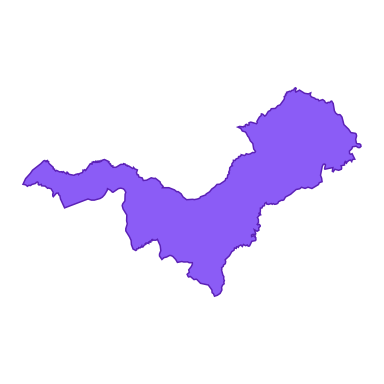 Jesús María, Santander, Colombia
{"feature_id": "7082276B47652322340451", "entity_name": "Jesús María", "entity_type": "district", "adm_level": 2, "iso_a3": "COL", "parent_name": "Colombia", "parent_adm1": "Santander", "projection": "orthographic", "projection_center": [-73.834, 5.851], "detail": "fine", "context": "isolated", "style": "filled", "palette": "violet", "viewbox_px": 384, "rotation_deg": 0, "n_neighbors": 0, "source": "geoboundaries", "source_scale": "gbopen_adm2", "svg_char_len": 6014}
<svg xmlns="http://www.w3.org/2000/svg" viewBox="0 0 384 384"><path d="M354.8,159.2L352.1,153.7L350.9,154.3L349.6,153.6L349.4,151.1L351.9,148.7L352.5,146.8L356.1,146.2L358.2,147.6L359.7,147.6L361.0,146.4L360.7,144.7L359.7,143.9L357.0,143.7L356.4,143.1L355.7,139.3L356.6,135.9L356.1,133.9L355.3,133.3L350.9,132.6L348.6,129.2L343.9,124.6L342.0,117.1L340.5,115.1L339.8,114.6L337.7,114.7L335.7,113.1L334.4,110.8L333.2,103.5L331.7,101.1L331.0,101.2L329.6,102.5L328.1,102.3L327.0,103.2L325.3,102.5L324.6,101.0L322.7,99.6L319.0,100.8L318.2,99.5L315.5,99.1L314.8,98.2L311.4,96.9L310.2,95.2L310.7,92.9L308.4,93.9L304.6,93.3L299.5,90.1L295.9,92.1L295.5,91.7L295.6,89.8L296.2,88.4L295.6,87.8L294.4,88.4L293.8,89.9L291.8,90.4L290.5,91.6L289.8,91.2L286.6,92.3L286.7,93.5L285.5,94.2L285.7,95.5L284.2,96.6L284.5,97.9L284.1,99.4L280.1,104.9L277.8,105.7L275.4,108.4L271.3,108.7L270.3,110.5L268.3,111.4L266.1,115.0L264.8,116.1L262.7,114.2L261.4,113.9L261.1,115.6L259.3,117.2L256.9,121.4L257.3,122.7L256.5,123.7L250.8,122.1L249.0,122.7L249.0,124.9L247.7,125.3L246.8,124.3L245.5,124.7L245.1,126.6L244.1,126.2L243.4,126.9L239.7,126.4L237.8,127.1L240.8,128.5L242.3,131.0L245.2,131.9L246.0,132.7L247.9,136.4L248.7,137.1L250.3,140.8L252.8,143.5L253.7,149.0L255.5,151.3L255.2,152.0L254.0,152.7L252.7,152.4L250.2,153.9L248.3,154.3L246.2,153.7L245.6,154.8L244.4,155.5L241.3,154.7L241.4,155.2L240.4,155.9L240.4,156.4L238.6,156.6L238.6,157.9L236.0,159.0L235.1,160.5L233.4,160.3L233.4,161.9L232.0,163.6L231.8,165.3L232.3,165.8L230.9,166.4L229.7,167.9L229.6,170.6L229.0,171.3L228.8,172.6L229.3,172.9L229.1,173.7L227.7,175.0L227.3,178.0L225.7,178.6L225.2,180.5L219.8,184.2L217.0,184.4L214.8,186.9L211.8,189.0L209.6,191.8L206.2,193.9L205.7,194.9L200.5,196.8L199.8,198.1L197.5,199.0L194.4,199.6L192.6,199.3L186.6,199.7L183.0,196.9L181.1,193.8L178.1,191.6L176.7,191.7L174.5,189.9L168.9,187.7L162.4,187.7L163.1,186.4L160.6,183.6L160.0,181.8L155.3,178.2L154.1,178.5L151.2,177.8L146.6,180.2L143.3,180.5L142.2,177.9L138.9,177.0L138.4,174.9L137.2,174.7L136.5,172.6L137.6,169.3L137.4,169.8L135.1,169.1L133.7,167.6L133.7,168.2L133.2,168.0L132.7,168.5L128.6,165.9L127.3,166.1L127.1,165.2L125.7,165.1L125.4,164.2L123.7,163.7L123.6,164.3L120.7,164.4L116.0,167.3L113.0,167.3L112.8,165.8L110.8,166.3L111.4,166.0L111.2,165.5L110.2,164.6L110.6,164.2L110.1,163.6L108.5,162.5L108.9,161.6L104.4,159.5L102.3,160.2L101.5,161.1L101.0,160.6L100.3,161.6L99.5,161.1L99.1,162.0L98.4,161.3L97.9,162.3L97.5,162.3L97.5,161.2L96.3,161.4L96.9,162.1L96.5,162.3L95.7,161.4L95.3,162.3L94.0,161.7L93.6,161.7L93.7,162.3L92.3,162.2L92.3,163.0L91.5,163.3L91.8,164.0L90.2,163.8L85.6,170.5L84.8,169.7L84.0,170.3L83.0,170.1L82.9,171.7L82.3,172.6L79.9,173.4L78.5,174.6L78.1,173.8L75.6,174.4L74.0,175.3L69.1,174.3L67.3,172.2L66.9,172.2L66.9,173.4L66.3,173.8L63.2,171.6L62.3,172.4L61.7,171.7L59.6,171.9L56.6,170.4L55.7,171.0L54.7,170.1L54.5,169.1L53.3,168.9L53.2,167.3L49.3,163.8L48.4,162.4L48.6,161.7L47.8,161.4L47.5,160.5L46.4,160.9L46.6,161.5L46.1,161.7L44.8,160.5L43.6,160.9L40.7,163.8L32.5,170.2L30.4,173.3L25.6,178.6L23.0,184.3L25.6,184.8L27.4,186.3L28.6,185.4L30.6,185.5L31.8,184.5L35.6,183.4L36.3,182.4L37.4,182.0L38.1,182.4L38.3,184.5L39.0,185.0L41.3,184.4L41.6,185.8L45.1,186.1L47.6,188.3L48.5,188.0L51.1,188.8L53.0,192.0L53.2,193.3L52.7,194.0L52.8,196.0L53.3,196.7L56.4,193.2L58.3,193.1L58.7,194.7L59.9,195.8L60.5,199.0L64.6,207.9L88.0,199.0L91.4,200.1L94.4,200.1L100.1,198.5L102.4,197.1L104.7,194.6L107.2,190.3L107.5,188.7L110.4,190.2L112.3,192.1L113.1,192.2L118.4,188.6L120.8,188.1L123.3,188.8L124.5,189.9L125.8,192.2L125.1,194.4L124.9,200.9L122.7,203.9L122.2,205.7L123.1,209.0L126.8,215.0L126.6,220.9L127.3,223.8L125.8,228.6L125.8,230.9L129.5,236.9L131.1,240.4L131.4,244.6L133.1,249.1L135.8,250.5L136.7,249.8L136.8,248.9L138.5,248.5L138.7,247.6L140.1,247.9L140.8,247.0L141.4,247.0L141.8,246.1L142.0,247.1L143.0,246.9L144.1,245.3L145.8,244.2L145.3,243.7L146.1,243.0L148.5,243.4L148.1,242.8L149.4,242.2L149.1,241.8L149.8,241.4L150.2,242.1L150.7,242.1L150.6,241.0L151.9,240.8L151.9,239.6L152.6,239.5L152.8,240.2L156.0,240.2L157.4,239.3L160.2,245.7L160.8,250.7L159.5,254.0L159.5,256.0L161.9,259.5L163.9,257.7L166.7,257.0L169.5,255.5L171.0,255.5L172.9,256.5L175.7,259.5L177.4,262.4L181.8,261.5L183.8,262.0L187.6,261.9L189.1,262.7L192.3,262.7L192.4,264.1L191.4,266.4L188.7,269.9L189.3,272.3L187.1,274.3L188.1,276.5L188.6,277.0L190.4,276.5L194.0,279.6L196.1,279.2L197.0,279.6L200.5,283.3L208.3,285.0L211.9,290.0L212.1,292.7L213.4,293.6L214.5,296.2L217.3,295.3L220.1,293.4L221.9,290.0L221.6,287.3L222.5,285.2L224.1,283.8L223.8,281.9L224.4,280.7L223.7,279.1L223.8,276.5L222.9,275.1L221.5,269.9L221.9,269.1L221.6,267.7L223.3,266.3L223.5,265.0L225.3,263.7L225.7,261.7L225.2,259.7L229.4,255.8L231.8,251.6L234.0,250.2L234.5,248.0L236.3,248.4L236.5,246.9L237.2,246.6L238.3,247.3L238.8,246.1L240.9,245.0L242.3,246.5L243.4,244.5L245.6,245.7L247.3,245.0L248.1,246.1L249.0,246.2L249.7,245.7L251.8,241.3L255.4,240.6L255.9,239.9L255.8,237.6L255.0,237.1L255.3,236.0L253.9,235.8L251.6,236.6L251.5,235.1L252.6,234.4L255.5,234.3L255.8,233.8L254.3,229.7L257.1,231.3L258.9,230.2L258.7,227.8L260.2,226.3L260.2,225.5L259.3,224.4L257.7,224.8L257.2,224.4L258.5,222.4L258.4,219.5L257.4,217.5L259.4,215.2L260.7,214.8L260.3,213.8L259.1,213.8L258.9,213.3L260.3,212.2L260.4,208.1L261.9,208.0L262.8,206.1L264.4,205.7L264.8,203.4L266.1,202.5L266.8,204.1L268.6,204.4L271.2,203.5L272.2,204.3L273.3,203.6L274.6,204.3L276.1,204.1L277.7,203.4L278.6,201.7L281.3,200.3L282.9,200.3L283.9,199.8L285.5,197.0L290.6,194.3L296.1,189.5L299.7,188.8L301.5,187.3L305.1,188.4L308.0,187.2L311.9,188.5L318.4,184.6L319.3,182.7L322.1,181.7L321.6,178.1L320.5,175.3L322.2,166.5L323.3,164.3L324.8,164.1L325.5,164.9L324.6,168.6L324.9,169.2L332.9,167.6L332.3,171.2L333.2,171.8L334.9,169.3L338.7,170.3L341.4,169.2L341.7,168.0L341.1,165.8L344.5,165.0L344.5,163.0L345.3,161.4L345.8,161.7L345.8,162.9L346.4,163.3L347.2,161.9L349.1,160.4L350.5,160.1L351.7,161.6L352.4,159.5L354.8,159.2Z" fill="#8b5cf6" stroke="#5b21b6" stroke-width="1.5"/></svg>